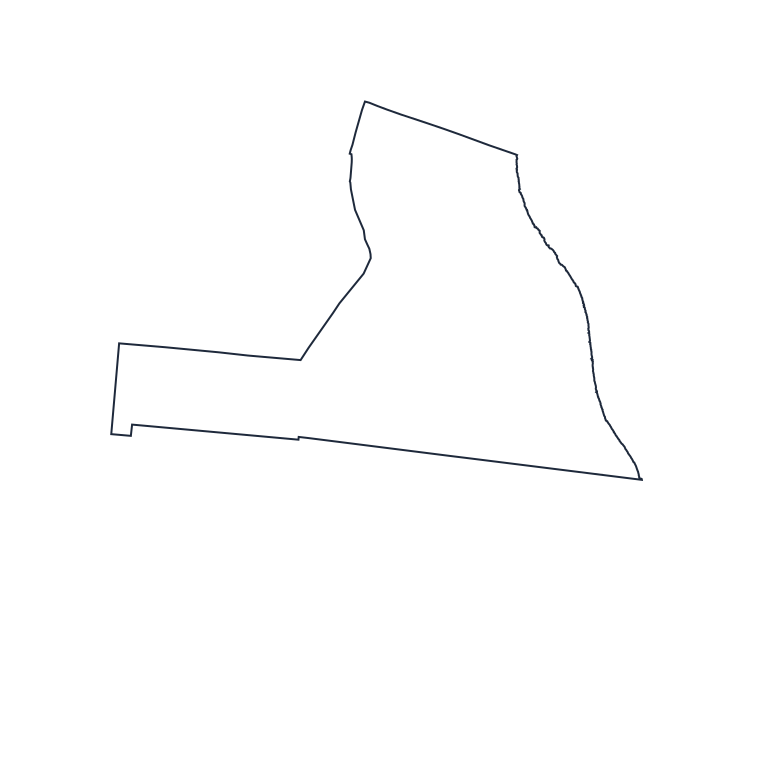 outline of Berazategui, Buenos Aires, Argentina, rotated 52°
{"feature_id": "61730980B8978802386403", "entity_name": "Berazategui", "entity_type": "district", "adm_level": 2, "iso_a3": "ARG", "parent_name": "Argentina", "parent_adm1": "Buenos Aires", "projection": "orthographic", "projection_center": [-58.113, -34.844], "detail": "fine", "context": "isolated", "style": "outline", "palette": "slate", "viewbox_px": 768, "rotation_deg": 52, "n_neighbors": 0, "source": "geoboundaries", "source_scale": "gbopen_adm2", "svg_char_len": 6165}
<svg xmlns="http://www.w3.org/2000/svg" viewBox="0 0 768 768"><g transform="rotate(52 384 384)"><path d="M618.3,239.8L617.6,239.4L616.9,239.7L616.7,240.0L616.1,240.4L614.8,240.5L614.0,239.9L612.8,239.5L612.2,239.0L610.5,238.3L609.3,237.7L608.9,237.7L607.9,237.4L607.2,237.1L606.6,237.0L606.0,236.7L605.5,236.6L604.8,236.3L603.5,235.9L603.0,235.8L600.5,235.3L600.0,235.1L599.6,235.2L599.4,235.4L599.0,235.5L597.6,235.1L595.2,234.7L594.6,234.8L593.5,234.5L592.4,234.4L590.7,234.4L590.1,234.3L589.1,234.4L587.6,233.9L586.5,233.9L585.0,233.7L584.0,233.8L581.5,233.1L579.7,233.2L578.6,233.1L577.2,233.5L576.3,233.4L575.7,233.5L574.8,233.3L573.6,233.4L572.8,233.0L571.1,233.2L570.3,233.0L569.3,233.0L568.5,232.8L567.6,233.0L566.9,232.9L565.3,232.5L564.8,232.6L564.1,232.5L563.6,232.6L563.4,232.3L563.0,232.2L562.0,232.2L560.8,232.0L559.7,232.1L557.4,231.6L556.5,231.6L555.3,231.3L553.0,231.4L552.2,231.2L551.7,231.3L550.8,231.0L550.4,231.2L550.2,231.4L549.8,231.6L549.1,231.6L548.8,231.3L547.8,231.1L547.3,230.9L546.8,230.8L546.3,230.3L545.8,230.1L544.7,230.1L541.1,228.7L540.8,228.5L539.8,228.3L539.3,228.0L538.8,227.5L538.4,227.5L538.2,227.6L537.0,227.1L536.3,227.1L535.7,226.8L535.5,226.5L534.5,226.3L533.1,225.8L532.9,225.4L532.3,225.2L531.7,224.9L530.5,224.5L530.0,224.6L527.7,223.6L526.8,223.6L526.4,223.5L526.0,223.1L525.5,223.1L523.2,222.0L522.1,221.7L521.1,220.8L520.9,220.8L520.7,221.3L520.4,220.8L520.1,220.5L519.5,220.6L518.7,220.2L518.4,220.2L517.8,219.8L517.4,219.2L516.0,218.3L513.1,217.1L512.2,216.6L511.4,216.4L511.0,216.3L508.6,214.5L507.8,214.2L507.7,214.1L506.6,213.6L505.3,212.6L504.7,212.5L503.8,211.9L502.5,211.4L501.4,210.3L500.6,209.8L500.0,209.6L499.6,209.3L499.4,209.0L498.9,208.9L498.1,208.4L497.1,207.6L496.7,207.1L496.4,206.8L495.5,206.3L495.1,205.7L494.7,205.5L494.4,205.4L494.1,205.5L493.8,205.7L493.4,205.7L492.8,205.2L493.0,204.7L492.2,204.7L491.7,205.0L491.6,204.5L491.7,204.2L491.6,203.9L491.0,203.5L490.5,203.2L488.8,202.5L487.8,201.8L486.5,200.7L485.8,200.4L485.6,200.4L485.3,200.2L484.9,199.8L484.4,199.5L484.2,199.6L483.4,199.2L483.0,198.8L481.8,198.2L481.4,198.0L481.1,197.7L480.5,197.4L480.1,197.1L479.9,197.0L479.6,197.1L479.4,197.0L478.8,196.1L477.7,196.0L477.2,196.3L477.0,196.0L476.9,195.3L476.7,195.0L473.7,193.2L472.7,192.6L471.7,192.2L471.5,191.8L471.3,191.6L470.7,191.3L470.3,191.2L469.7,191.4L469.7,190.8L469.5,190.4L468.4,189.8L468.1,189.8L467.6,189.8L467.2,189.7L466.6,189.0L466.1,188.9L465.7,188.1L464.7,187.4L463.8,186.9L463.0,186.2L462.2,185.7L461.0,185.5L460.5,185.0L460.2,184.7L459.3,184.5L457.7,183.5L457.3,183.5L456.9,183.3L456.7,183.2L456.4,182.6L456.1,182.5L454.8,182.2L454.4,182.0L454.2,181.7L453.6,181.6L452.8,181.2L451.9,181.0L451.7,180.9L451.2,181.0L451.0,180.8L450.8,180.4L450.5,180.1L448.8,179.7L447.7,178.9L447.2,178.9L446.8,179.0L446.5,179.2L446.3,179.1L446.2,178.6L446.0,178.4L445.8,178.2L445.2,178.4L444.9,178.3L444.6,177.5L444.3,177.4L443.5,177.3L442.7,176.9L442.5,177.2L442.1,176.9L441.9,176.5L441.6,176.3L440.7,176.3L440.1,175.9L438.9,175.4L438.7,175.1L438.4,174.9L437.9,174.9L437.3,174.7L436.8,174.8L436.3,174.5L436.1,174.4L435.6,174.1L434.9,174.1L434.7,173.9L433.0,173.5L432.1,173.0L431.6,173.0L430.9,172.7L430.0,172.6L429.5,172.4L428.9,172.3L428.4,172.0L428.0,172.0L427.1,171.6L426.5,171.5L426.2,171.7L425.7,172.2L424.9,172.5L423.2,171.6L422.7,171.7L422.3,171.5L421.7,171.7L421.0,171.8L420.7,171.9L419.8,171.5L418.4,171.5L418.0,171.3L417.0,171.4L414.5,171.0L413.2,170.8L412.8,170.9L412.0,170.7L410.3,170.6L409.9,170.4L408.2,170.5L407.9,170.3L407.4,170.4L407.0,170.7L406.5,170.7L405.9,170.3L404.5,170.0L403.6,169.7L403.0,169.7L402.1,170.1L401.0,170.3L399.8,170.4L399.4,170.6L398.7,171.3L397.7,171.1L396.8,171.4L396.3,171.4L394.8,171.0L393.5,170.4L393.0,170.3L392.4,170.4L392.0,170.4L391.6,170.1L390.4,169.7L390.1,169.4L389.8,168.8L386.7,168.9L386.4,168.6L386.0,168.4L384.8,168.7L383.7,168.4L382.4,168.4L380.5,168.8L380.0,169.1L379.5,169.7L379.1,169.8L378.4,169.7L377.8,169.9L376.9,169.7L376.2,168.9L376.0,169.0L375.3,169.9L374.9,170.1L374.0,170.2L372.7,169.7L371.0,169.7L369.8,169.4L369.4,169.2L369.0,168.6L368.2,168.2L367.4,168.0L367.1,168.0L366.8,168.1L366.7,168.4L365.9,168.6L365.4,168.9L364.9,168.8L364.0,168.2L363.6,168.2L363.4,168.4L363.0,168.5L361.8,168.3L361.4,168.3L361.1,168.4L360.7,168.3L359.8,167.5L359.5,167.4L359.1,167.0L358.5,167.2L357.7,167.2L357.4,167.4L356.2,167.2L355.1,167.8L354.2,167.5L353.6,168.5L352.9,168.7L352.1,168.0L351.3,167.9L350.9,167.7L350.7,167.8L350.3,167.6L349.2,168.0L348.2,167.4L347.3,167.4L346.5,167.0L343.6,166.6L342.9,166.6L341.9,166.2L339.5,166.0L338.9,165.8L338.2,165.6L336.7,164.9L336.4,164.9L335.7,164.4L335.4,164.5L334.8,164.1L334.4,164.4L332.9,163.8L332.6,163.9L332.0,163.7L330.7,163.7L330.1,163.5L329.2,162.7L328.8,162.5L328.4,162.1L327.9,161.8L326.1,161.5L324.4,160.6L324.1,160.3L322.2,160.1L321.3,159.6L320.3,159.3L318.6,159.2L317.9,158.7L317.5,158.6L316.4,159.1L315.9,158.8L314.7,158.5L314.2,158.2L314.0,157.8L313.9,157.5L314.0,157.2L314.0,156.9L313.4,156.9L312.8,156.6L312.5,156.4L312.2,155.9L311.6,155.7L311.1,155.3L309.6,154.3L308.6,153.9L307.7,153.2L307.3,153.2L306.5,152.4L306.2,152.3L305.9,152.0L305.5,151.9L304.3,151.0L303.0,150.9L301.5,150.0L300.3,149.1L300.0,149.0L299.1,149.0L298.1,148.4L297.8,148.0L297.3,147.8L297.1,147.3L296.9,147.2L296.2,146.8L295.9,147.0L295.7,146.7L295.4,145.9L294.8,145.4L293.6,144.7L292.9,144.5L292.5,144.3L292.3,143.9L292.0,143.6L291.2,143.3L290.7,142.8L290.0,142.4L289.4,141.8L288.8,141.4L288.8,140.7L288.4,140.2L287.5,139.9L286.9,139.6L286.0,139.3L285.5,138.2L283.9,139.1L260.3,154.4L233.4,171.1L219.6,179.9L205.4,189.2L182.0,204.8L169.6,212.7L161.1,217.9L153.3,222.4L149.7,225.1L154.5,232.6L168.3,251.5L176.1,261.6L179.1,266.2L181.4,269.2L182.9,268.2L185.4,269.8L187.2,271.1L189.5,273.0L200.5,283.1L201.5,284.1L203.3,286.2L204.5,286.5L210.2,290.2L228.9,299.6L250.4,305.3L258.2,309.9L263.9,311.3L268.4,312.3L273.4,314.7L276.7,317.0L284.5,332.1L293.0,369.5L296.6,380.3L309.0,421.0L313.8,435.0L277.8,473.7L257.2,494.8L220.2,533.9L188.9,567.7L255.6,629.8L269.0,615.4L260.9,607.5L375.2,485.7L373.2,483.8L380.0,476.9L481.2,376.4L493.0,364.6L618.3,239.8Z" fill="none" stroke="#1e293b" stroke-width="2"/></g></svg>